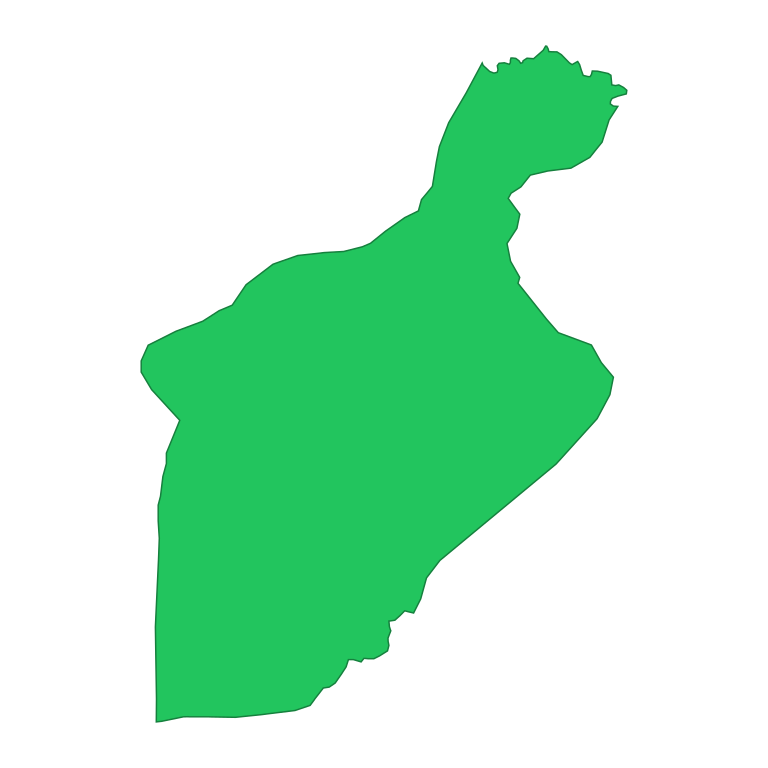 the district of Gbao, Grand Gedeh, Liberia
{"feature_id": "62588387B49218131763508", "entity_name": "Gbao", "entity_type": "district", "adm_level": 2, "iso_a3": "LBR", "parent_name": "Liberia", "parent_adm1": "Grand Gedeh", "projection": "albers", "projection_center": [-8.462, 6.068], "detail": "fine", "context": "isolated", "style": "filled", "palette": "green", "viewbox_px": 768, "rotation_deg": 0, "n_neighbors": 0, "source": "geoboundaries", "source_scale": "gbopen_adm2", "svg_char_len": 2346}
<svg xmlns="http://www.w3.org/2000/svg" viewBox="0 0 768 768"><path d="M371.5,242.5L370.5,243.3L362.3,246.8L343.7,251.5L324.0,252.6L319.3,253.2L297.8,255.5L275.3,263.4L272.9,264.3L257.4,276.1L246.1,284.7L232.2,305.2L228.9,306.6L221.8,309.6L219.1,310.7L202.8,321.2L196.2,323.7L176.1,331.2L148.2,345.2L141.2,360.9L141.2,363.6L141.2,372.1L151.6,389.6L176.9,417.2L179.8,420.3L166.4,453.1L166.4,463.6L162.9,476.5L160.5,496.3L158.2,505.1L158.2,510.4L158.2,520.9L159.3,538.4L158.7,554.8L158.5,559.9L156.0,613.7L155.4,627.0L156.5,699.0L156.3,721.9L161.6,721.3L183.5,716.8L188.0,716.7L189.3,716.8L208.8,716.8L211.7,716.9L235.4,717.3L261.8,714.6L267.9,713.8L295.0,710.5L310.1,705.4L314.1,700.0L315.1,698.5L315.6,697.9L317.8,695.1L323.3,688.0L329.2,687.1L335.2,683.0L341.6,673.8L343.6,670.7L346.1,666.9L348.4,659.6L349.5,659.6L353.4,659.6L361.1,661.9L363.9,658.4L365.0,658.4L368.0,658.7L373.9,658.7L379.5,655.9L384.3,652.9L387.5,650.9L388.9,645.4L388.1,641.3L388.0,638.1L389.4,634.4L390.8,630.8L390.3,629.5L389.4,626.6L388.9,621.1L393.0,620.5L394.9,620.2L397.3,618.0L399.9,615.7L404.7,610.8L408.1,611.7L413.6,613.0L420.7,598.9L423.9,587.3L426.5,577.9L435.3,566.4L439.9,560.4L499.7,510.8L556.1,464.0L597.1,418.7L609.9,394.7L613.4,377.2L601.3,362.6L591.4,345.0L558.3,332.7L546.4,319.0L518.0,283.3L519.7,277.4L510.8,261.7L510.5,261.0L507.0,243.5L516.9,228.3L519.8,214.2L514.6,207.2L508.2,198.4L511.1,193.2L521.0,186.8L530.3,175.1L547.7,171.0L568.8,168.4L571.0,168.1L589.9,157.3L596.1,149.5L602.1,142.1L609.1,119.9L617.8,106.4L613.4,106.1L610.3,103.9L610.5,101.3L612.1,98.4L618.0,96.1L626.3,93.9L626.8,90.3L623.6,87.5L618.8,84.9L615.6,85.6L611.8,84.9L611.7,83.6L610.9,75.3L608.2,73.5L597.6,71.2L592.3,71.0L591.5,74.3L590.2,76.6L588.1,76.6L583.2,75.4L581.3,70.2L579.6,64.6L577.7,61.5L576.5,62.1L572.1,64.6L569.4,62.9L561.4,54.7L557.0,51.9L551.8,51.8L548.8,51.6L548.2,49.0L546.7,46.2L545.6,46.1L543.2,50.3L537.5,55.3L533.6,58.7L527.0,58.2L523.1,60.8L522.6,62.6L520.7,63.3L519.0,60.8L515.8,58.4L512.5,58.0L511.0,58.0L510.4,60.2L510.4,62.5L509.4,64.3L504.4,62.8L499.1,63.3L497.3,65.7L498.0,69.7L497.2,72.3L493.9,73.1L489.7,71.5L483.1,65.4L482.2,63.0L466.2,92.9L448.7,122.7L439.4,146.6L436.5,161.2L432.4,186.4L426.7,193.4L423.0,197.8L421.5,199.6L418.4,210.9L404.8,217.6L386.5,230.5L385.6,231.1L371.5,242.5Z" fill="#22c55e" stroke="#15803d" stroke-width="1.5"/></svg>